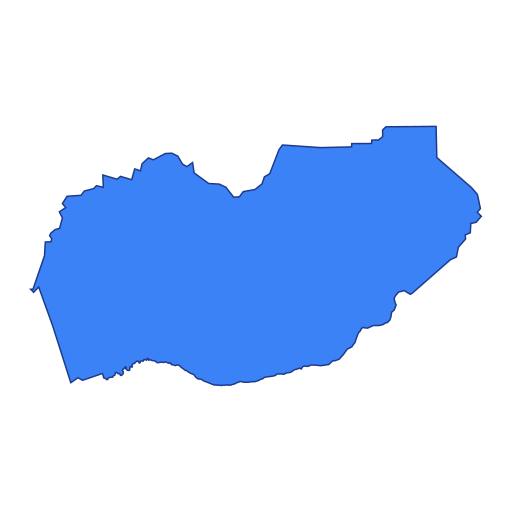 El Dorado, California, United States of America
{"feature_id": "52423323B41898924582889", "entity_name": "El Dorado", "entity_type": "district", "adm_level": 2, "iso_a3": "USA", "parent_name": "United States of America", "parent_adm1": "California", "projection": "albers", "projection_center": [-120.618, 38.785], "detail": "fine", "context": "isolated", "style": "filled", "palette": "blue", "viewbox_px": 512, "rotation_deg": 0, "n_neighbors": 0, "source": "geoboundaries", "source_scale": "gbopen_adm2", "svg_char_len": 3586}
<svg xmlns="http://www.w3.org/2000/svg" viewBox="0 0 512 512"><path d="M471.4,187.5L436.8,157.5L436.1,126.4L385.9,126.8L382.6,130.0L382.7,136.6L378.4,140.0L371.8,140.1L371.6,143.5L351.7,143.6L351.6,146.9L320.5,147.6L282.4,145.0L278.9,149.9L269.7,173.8L264.4,176.8L262.0,183.9L255.0,189.5L243.3,191.6L239.4,196.8L233.7,197.2L225.8,187.2L219.3,184.1L208.7,183.5L194.1,172.9L192.6,162.6L186.9,166.6L182.5,164.1L177.8,156.1L171.8,153.2L165.4,153.5L153.4,159.8L148.4,157.9L142.1,163.7L140.5,170.8L134.7,168.9L131.7,179.7L120.5,176.4L117.1,179.2L102.8,175.0L103.3,187.3L96.4,185.7L93.6,188.6L84.3,191.0L81.1,195.3L68.1,196.2L67.0,196.3L62.4,203.6L65.7,207.6L59.3,211.8L62.4,217.9L59.6,228.3L55.1,229.6L50.7,233.3L49.6,235.7L51.7,238.6L51.0,241.8L45.3,242.0L44.5,255.7L33.0,289.2L30.7,289.3L33.6,292.3L38.7,287.0L52.6,325.6L70.8,382.7L78.0,377.7L82.5,380.3L100.9,374.0L101.3,373.7L102.2,373.6L102.9,374.5L103.1,375.4L103.4,376.7L103.5,377.1L103.8,377.9L104.6,378.1L106.1,378.9L106.5,379.5L107.4,379.6L107.9,379.2L108.1,378.0L109.1,377.7L110.2,377.3L111.0,377.2L112.1,377.3L112.8,377.0L113.4,375.7L114.7,375.3L115.2,373.5L115.4,372.8L116.0,372.4L116.7,372.6L118.1,373.7L118.8,373.6L119.3,373.5L120.0,374.2L120.1,374.8L120.6,375.4L121.3,375.4L122.3,374.8L123.0,373.8L123.4,373.0L123.1,371.6L122.5,370.7L122.6,369.6L123.4,369.1L124.5,368.2L124.8,367.2L125.4,366.8L125.9,367.1L126.1,368.2L125.9,368.8L126.6,369.7L127.6,370.3L128.9,370.5L129.8,369.9L129.8,369.1L129.8,367.6L129.9,367.1L130.4,366.6L131.1,367.0L132.2,367.0L132.4,366.2L132.1,365.4L132.2,364.4L132.8,363.9L133.6,363.6L134.7,363.4L135.2,362.3L135.9,361.9L136.6,361.5L137.4,361.0L138.1,361.4L138.8,362.0L138.9,362.7L139.7,363.0L140.1,362.4L140.3,361.4L141.2,360.9L143.0,361.2L143.7,360.7L143.7,360.1L143.9,359.4L144.6,359.4L146.4,360.1L147.3,358.3L148.3,358.9L148.1,359.0L148.4,360.1L150.6,359.8L152.0,360.5L153.2,360.7L154.8,360.8L157.1,362.7L159.0,362.6L161.2,362.1L163.7,362.5L165.8,361.9L168.6,363.3L169.9,362.7L170.9,363.2L170.7,363.7L171.8,364.8L173.3,364.7L174.5,365.4L175.7,365.6L176.6,365.0L179.0,365.2L181.2,367.3L183.4,368.9L185.6,370.6L186.7,370.5L187.8,371.6L189.9,372.9L191.5,373.7L193.7,374.5L196.1,377.6L198.3,379.0L201.2,379.2L203.6,380.9L207.7,382.4L211.8,384.1L214.6,385.1L216.0,384.8L217.4,385.3L219.0,385.1L220.3,385.3L221.3,385.6L222.3,385.2L224.4,385.2L226.0,385.0L227.5,385.1L228.7,385.1L230.6,385.1L232.0,384.6L233.2,384.3L234.6,383.9L236.7,382.8L238.5,382.2L240.2,381.4L242.2,381.9L244.0,382.2L246.5,382.3L248.4,382.2L250.0,382.0L251.4,381.7L253.2,381.7L254.8,381.7L256.7,381.1L258.9,380.4L260.2,379.5L262.7,378.8L264.3,377.4L266.6,376.9L268.6,376.7L270.8,376.4L273.0,376.1L275.4,375.4L277.1,374.0L282.0,374.0L283.9,374.3L284.8,373.5L285.8,373.5L287.0,372.8L288.4,372.7L289.8,372.5L291.5,371.8L293.0,370.8L294.6,369.6L296.2,369.4L298.1,368.7L299.5,368.1L300.3,368.5L301.2,369.0L301.7,368.4L302.6,366.8L303.8,366.2L305.3,366.1L307.3,366.4L308.9,366.1L310.8,365.0L315.7,365.1L320.7,365.7L328.8,364.5L332.7,360.8L335.1,360.7L339.2,359.2L343.4,354.5L347.2,349.2L351.7,346.9L355.0,342.4L357.1,336.2L358.4,332.9L360.5,330.7L361.3,328.7L363.1,327.4L364.9,327.9L367.6,328.1L373.4,325.5L379.2,325.5L383.1,324.5L384.9,323.4L385.9,322.6L387.0,322.8L389.8,320.2L390.9,316.9L391.6,312.3L394.2,310.0L394.7,308.7L396.1,305.0L394.8,301.8L394.2,298.2L395.2,296.1L398.5,292.1L404.3,290.6L410.2,294.3L412.0,293.4L450.4,259.7L456.4,257.0L458.4,247.2L465.6,239.0L465.2,234.9L470.3,232.8L470.8,223.5L476.1,222.3L481.3,216.3L477.3,212.2L480.4,208.6L477.4,194.4L471.4,187.5Z" fill="#3b82f6" stroke="#1e3a8a" stroke-width="1.5"/></svg>